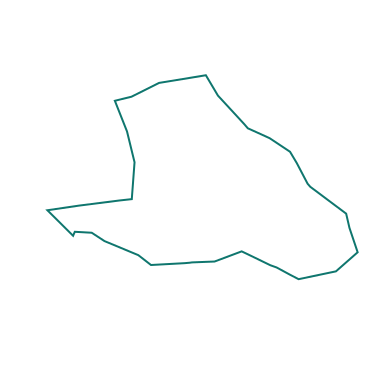 Saintsagaan, Dundgovi, Mongolia (Natural Earth projection), rotated 165°
{"feature_id": "93677404B78970568694360", "entity_name": "Saintsagaan", "entity_type": "district", "adm_level": 2, "iso_a3": "MNG", "parent_name": "Mongolia", "parent_adm1": "Dundgovi", "projection": "natural_earth1", "projection_center": [106.311, 45.756], "detail": "fine", "context": "isolated", "style": "outline", "palette": "teal", "viewbox_px": 384, "rotation_deg": 165, "n_neighbors": 0, "source": "geoboundaries", "source_scale": "gbopen_adm2", "svg_char_len": 620}
<svg xmlns="http://www.w3.org/2000/svg" viewBox="0 0 384 384"><g transform="rotate(165 192 192)"><path d="M48.7,131.2L76.4,166.4L78.2,170.1L83.3,192.8L86.9,205.5L103.1,223.9L121.6,239.1L123.9,243.9L142.0,278.4L148.4,301.2L195.6,305.9L225.8,299.7L242.9,300.1L239.1,267.3L239.8,235.6L252.0,200.7L264.4,202.6L304.7,208.1L336.4,211.8L318.2,180.5L315.5,183.9L299.4,178.6L289.2,167.2L260.2,144.9L250.5,132.1L217.7,125.2L212.7,124.3L210.2,124.0L188.2,119.0L159.4,121.8L154.0,117.2L135.3,101.0L129.8,97.2L118.7,86.7L111.6,80.2L73.5,78.1L47.6,90.9L49.2,116.6L48.7,131.2Z" fill="none" stroke="#0f766e" stroke-width="2"/></g></svg>